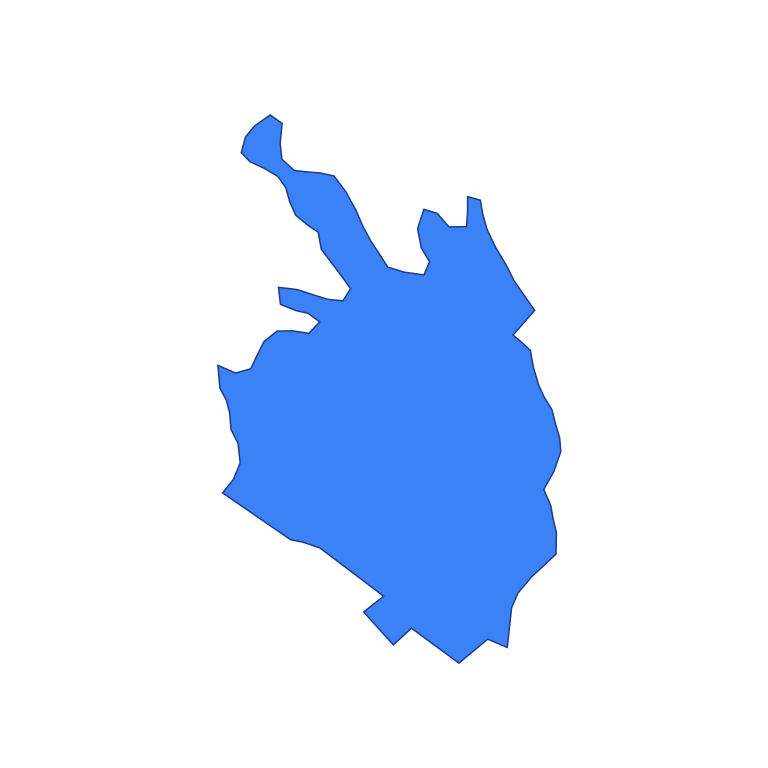 the district of Barra Funda, Rio Grande do Sul, Brazil, rotated 49°
{"feature_id": "56859067B80919808552891", "entity_name": "Barra Funda", "entity_type": "district", "adm_level": 2, "iso_a3": "BRA", "parent_name": "Brazil", "parent_adm1": "Rio Grande do Sul", "projection": "natural_earth1", "projection_center": [-53.035, -27.919], "detail": "fine", "context": "isolated", "style": "filled", "palette": "blue", "viewbox_px": 768, "rotation_deg": 49, "n_neighbors": 0, "source": "geoboundaries", "source_scale": "gbopen_adm2", "svg_char_len": 1418}
<svg xmlns="http://www.w3.org/2000/svg" viewBox="0 0 768 768"><g transform="rotate(49 384 384)"><path d="M587.0,548.1L586.3,523.5L643.8,510.6L644.6,473.1L663.7,463.8L652.6,451.8L636.6,434.5L629.6,419.9L626.4,399.4L626.0,385.0L625.2,365.7L609.3,351.4L597.4,345.2L585.1,337.9L568.4,332.6L561.4,313.0L551.0,294.9L539.8,286.7L528.0,281.4L513.5,274.1L498.2,271.5L486.1,267.9L469.4,260.3L454.7,251.5L443.3,252.7L431.7,254.5L427.3,222.0L392.0,218.2L374.6,213.8L353.5,210.0L334.7,204.7L320.6,198.0L308.5,190.7L297.4,198.0L308.8,207.9L319.4,218.5L308.0,231.9L290.1,231.9L278.3,239.3L288.9,256.8L305.6,266.5L321.6,269.4L327.9,282.3L312.4,295.7L298.1,304.5L285.1,302.5L267.2,300.1L251.7,296.6L234.2,291.1L213.7,286.7L194.3,285.2L182.5,294.0L173.3,303.1L164.1,311.6L147.4,313.6L134.3,304.5L120.5,289.9L106.3,293.4L104.3,312.1L106.7,326.5L115.7,339.9L128.0,339.4L143.5,332.6L157.8,327.9L171.6,329.4L184.6,335.6L198.9,339.9L213.2,337.6L226.3,334.1L241.0,342.9L260.4,344.3L274.7,345.2L290.1,346.7L294.3,360.4L283.1,371.0L271.3,378.3L256.0,387.4L241.8,400.2L256.0,409.9L270.8,402.3L280.7,395.0L295.0,391.8L296.4,407.6L283.9,418.1L273.9,430.1L273.2,446.5L279.0,460.8L285.1,474.6L278.3,488.9L260.9,497.1L279.5,510.6L292.6,513.5L304.4,519.4L318.0,529.3L333.0,533.1L349.2,544.3L357.2,560.1L360.3,577.3L440.4,556.6L450.3,548.9L465.8,539.9L543.9,523.5L542.7,548.9L587.0,548.1Z" fill="#3b82f6" stroke="#1e3a8a" stroke-width="1.5"/></g></svg>